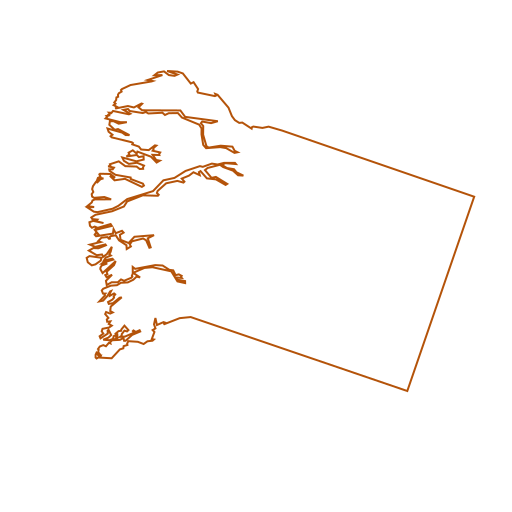 map outline of Qeqqata Kommunia (Mercator projection), rotated 19°
{"feature_id": "GRL-2741", "entity_name": "Qeqqata Kommunia", "entity_type": "state/province", "adm_level": 1, "iso_a3": "GRL", "parent_name": "Greenland", "parent_adm1": "", "projection": "mercator", "projection_center": [-52.028, 66.171], "detail": "fine", "context": "isolated", "style": "outline", "palette": "amber", "viewbox_px": 512, "rotation_deg": 19, "n_neighbors": 0, "source": "natural_earth", "source_scale": "10m", "svg_char_len": 6053}
<svg xmlns="http://www.w3.org/2000/svg" viewBox="0 0 512 512"><g transform="rotate(19 256 256)"><path d="M141.8,402.8L141.8,401.4L138.6,404.8L137.4,404.2L136.5,401.6L136.7,399.5L139.2,401.3L141.0,400.1L138.1,398.3L137.7,395.8L136.9,395.4L137.8,392.4L140.6,390.0L143.5,390.2L145.2,385.9L146.7,386.0L146.1,385.2L147.4,382.5L154.6,379.6L157.4,376.7L158.9,379.1L160.3,378.6L164.6,370.9L171.1,365.1L170.1,364.1L167.1,366.9L164.4,366.3L164.0,367.1L165.7,368.2L158.4,374.8L153.8,376.7L154.9,375.1L154.5,373.5L155.9,369.4L158.6,369.3L159.5,367.6L154.3,364.7L152.6,369.3L152.8,370.6L150.5,371.8L148.7,374.8L150.3,375.0L151.8,379.1L150.2,379.6L150.8,378.5L148.8,376.7L147.6,378.1L147.7,380.9L145.0,383.3L138.8,384.9L143.0,381.2L144.8,377.9L140.6,373.8L140.0,374.8L141.1,377.6L135.8,384.5L134.3,382.8L136.9,379.1L134.6,377.4L134.6,374.8L140.3,371.5L142.3,368.8L138.9,368.2L139.6,365.2L136.7,366.6L135.6,364.6L136.6,362.6L132.3,360.0L132.5,357.8L136.9,357.9L138.9,356.0L136.1,355.5L135.1,351.1L142.5,338.8L140.6,339.9L136.1,347.2L132.4,349.2L131.1,347.7L134.4,344.0L135.3,341.6L134.6,340.6L135.4,338.1L134.0,337.6L130.7,341.3L130.0,339.0L130.4,336.3L129.6,337.0L128.5,342.2L126.0,348.0L122.7,349.9L126.0,342.5L125.3,341.8L125.8,340.6L123.5,341.3L121.4,338.8L122.2,336.7L128.4,331.3L134.0,328.9L137.0,325.3L143.4,322.7L147.7,318.4L149.8,314.4L153.4,314.0L147.1,312.4L146.4,310.9L154.4,303.6L161.8,300.3L180.9,298.1L190.0,305.6L197.8,304.7L197.1,302.8L188.8,304.1L188.0,302.2L192.9,300.9L191.9,300.3L192.2,299.0L189.0,298.5L186.2,300.3L182.4,296.5L178.6,297.3L170.8,295.4L163.7,297.4L145.9,307.5L143.0,306.5L145.2,312.7L145.1,315.2L145.8,315.8L145.3,317.1L139.3,322.4L136.0,322.1L133.9,325.8L128.1,327.8L124.3,332.0L122.2,328.3L126.0,320.6L121.6,324.7L119.7,323.1L121.4,321.5L119.9,319.6L124.7,310.9L125.0,306.5L116.5,322.1L113.0,319.0L112.7,317.5L113.2,315.2L117.8,311.5L112.7,313.4L113.6,312.0L122.2,305.9L121.2,305.3L113.7,309.6L114.4,306.5L118.6,302.8L116.8,302.2L117.2,299.1L116.7,294.2L114.3,302.9L111.8,306.5L109.9,304.7L105.1,307.1L96.2,305.3L99.6,301.5L104.5,300.0L110.6,294.7L109.8,294.1L101.0,299.7L95.3,299.3L104.5,293.4L101.9,293.4L103.9,289.0L109.3,286.5L111.5,287.6L112.2,287.1L111.4,285.9L112.2,284.5L116.7,282.1L121.4,285.8L130.0,288.0L131.5,291.5L134.6,287.7L132.9,286.1L133.9,282.5L143.6,276.2L147.0,276.9L152.5,282.9L153.6,282.1L147.9,274.5L152.8,269.5L134.8,277.4L131.3,285.2L122.7,284.8L120.4,280.3L123.2,277.0L121.1,275.8L115.9,280.1L112.6,277.0L113.4,281.4L98.4,289.4L96.5,288.4L97.0,286.7L99.8,286.7L95.2,283.9L109.9,274.5L108.1,273.1L95.5,282.1L95.7,280.8L93.9,280.7L91.7,282.7L89.2,281.5L87.5,278.3L90.6,275.8L101.1,274.5L93.4,275.1L94.2,273.2L89.2,274.4L87.7,273.2L90.8,269.3L105.3,260.6L115.0,252.2L116.4,246.4L129.2,235.5L143.6,231.0L144.1,229.8L141.8,228.7L141.8,226.5L147.4,216.5L157.2,210.6L163.5,210.2L164.1,209.0L160.6,207.0L166.5,201.8L169.6,197.2L176.5,197.9L174.7,195.3L175.9,193.8L184.3,198.6L193.2,196.6L204.1,198.7L205.3,197.2L192.3,194.3L188.5,196.6L179.8,191.4L181.6,188.5L192.2,181.5L196.0,182.6L206.5,182.8L212.8,185.5L217.9,184.1L210.3,183.2L206.9,181.1L199.8,182.3L194.0,180.9L196.8,178.2L207.1,175.6L205.8,174.8L195.5,178.3L189.9,182.0L184.2,183.0L176.7,189.0L173.7,189.3L161.7,198.5L153.5,208.7L143.8,214.6L137.5,228.2L115.7,244.1L109.5,253.4L105.0,258.0L91.9,266.1L88.3,266.9L80.8,265.0L87.0,262.4L80.3,263.7L83.3,258.8L83.3,256.7L85.3,254.9L100.6,249.6L93.4,249.6L84.0,253.7L81.7,253.2L80.5,251.0L81.3,248.4L79.3,246.1L79.1,243.1L80.5,238.1L82.0,238.1L83.9,234.1L86.5,232.3L83.9,232.9L81.0,237.6L81.1,233.6L83.1,231.7L81.3,229.8L81.8,229.0L91.4,225.9L97.3,227.8L91.8,227.8L97.6,230.5L107.0,225.7L125.6,227.8L127.1,225.9L125.5,224.4L112.5,224.0L111.9,222.6L96.7,225.0L89.8,223.2L89.0,221.9L92.3,220.7L92.9,218.7L87.0,219.4L89.0,218.1L88.0,216.8L95.4,211.2L103.2,213.6L114.0,210.3L117.7,211.6L120.9,210.3L120.3,209.0L120.7,207.0L113.1,206.6L105.8,210.3L100.1,209.0L97.5,206.4L112.1,205.4L118.4,201.4L117.2,198.3L113.0,200.6L110.4,199.3L101.1,204.1L103.2,201.2L101.9,199.8L105.1,196.2L109.8,198.0L109.9,195.9L124.4,196.3L131.6,200.0L134.0,197.2L130.4,197.7L125.3,194.0L131.7,192.0L131.2,191.4L131.7,189.3L124.0,190.1L124.4,188.5L123.8,187.5L125.8,184.1L124.4,184.3L120.1,190.8L112.7,192.7L109.6,190.7L102.7,190.7L102.9,189.3L101.6,188.9L80.9,190.8L79.5,190.1L80.8,188.1L76.2,186.5L74.1,183.8L89.3,182.9L93.4,184.1L97.0,182.9L84.2,180.9L81.4,182.7L74.6,179.7L74.0,176.2L77.4,174.9L83.1,175.6L90.3,171.5L84.4,173.6L69.0,174.9L70.0,172.9L69.0,172.3L71.3,170.9L70.5,170.3L71.8,168.9L70.5,168.3L72.8,167.6L73.6,165.4L89.7,163.4L90.8,162.4L83.1,161.0L87.1,158.7L89.4,160.0L102.4,157.7L105.0,155.7L107.8,156.3L120.9,151.0L124.0,152.3L127.0,149.4L135.6,146.3L140.9,149.2L159.5,150.3L163.0,153.1L164.9,158.8L169.9,168.1L173.7,170.3L186.7,164.7L192.7,163.7L202.1,165.5L204.8,163.9L201.6,163.5L198.1,160.3L186.7,163.2L176.0,168.9L173.4,168.3L166.5,158.5L163.8,150.3L160.7,148.4L161.3,146.4L170.3,145.0L176.0,141.0L143.7,147.5L137.1,143.0L100.9,155.3L96.5,153.7L98.8,149.1L98.1,149.1L92.2,155.3L86.1,155.9L74.9,162.4L76.2,160.3L72.3,159.7L73.6,157.7L72.0,157.0L73.0,154.1L72.4,151.5L73.8,150.3L73.0,148.5L73.3,146.8L75.4,144.3L74.3,143.0L74.9,141.8L81.7,135.2L100.5,124.9L101.4,124.2L96.2,124.9L108.6,115.4L101.1,118.1L103.4,114.5L108.9,111.4L114.7,113.3L120.3,112.2L122.7,110.0L111.7,110.0L121.9,107.2L127.4,107.2L138.2,114.2L140.4,112.0L146.9,117.0L146.9,119.5L147.8,120.4L165.1,118.2L165.9,117.4L164.7,116.0L167.2,116.1L181.7,124.7L187.7,131.6L191.8,134.4L196.8,135.6L199.6,134.3L210.4,137.0L210.2,135.6L211.3,134.5L220.4,132.8L225.8,129.6L239.9,128.9L443.0,128.9L443.0,334.4L214.1,335.0L204.1,339.6L190.9,350.8L191.9,348.6L190.1,348.6L184.8,353.5L181.1,347.4L181.8,353.8L184.5,357.2L182.4,359.7L184.7,360.9L184.5,368.5L186.6,368.2L185.7,369.8L181.1,372.0L178.4,375.8L172.2,375.6L163.0,378.1L162.7,380.9L163.4,382.0L160.2,384.3L160.6,386.5L157.7,388.6L152.8,399.7L141.8,402.8ZM98.6,310.3L110.5,308.0L110.7,310.9L106.9,316.2L103.8,318.3L99.0,316.7L96.5,312.9L98.6,310.3Z" fill="none" stroke="#b45309" stroke-width="2"/></g></svg>